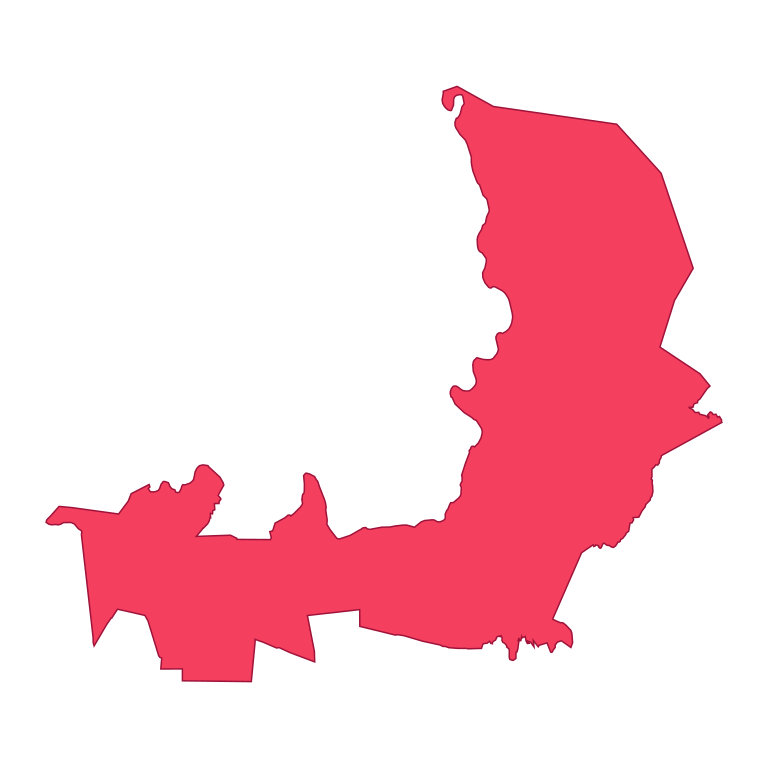 the district of Ruíz, Nayarit, Mexico
{"feature_id": "50627088B68527106513110", "entity_name": "Ruíz", "entity_type": "district", "adm_level": 2, "iso_a3": "MEX", "parent_name": "Mexico", "parent_adm1": "Nayarit", "projection": "equal_earth", "projection_center": [-105.012, 22.017], "detail": "fine", "context": "isolated", "style": "filled", "palette": "rose", "viewbox_px": 768, "rotation_deg": 0, "n_neighbors": 0, "source": "geoboundaries", "source_scale": "gbopen_adm2", "svg_char_len": 6075}
<svg xmlns="http://www.w3.org/2000/svg" viewBox="0 0 768 768"><path d="M443.3,93.5L442.1,99.8L442.7,103.4L444.4,106.4L446.0,108.2L447.8,109.8L450.3,110.6L451.4,110.4L453.5,105.2L453.7,99.0L454.6,96.8L456.3,95.5L458.0,94.9L460.2,94.7L461.7,94.7L462.8,96.4L464.2,103.6L462.7,105.9L462.1,106.4L460.2,113.8L459.1,116.0L457.6,118.0L456.4,118.2L455.8,119.6L454.9,122.7L455.1,125.7L455.9,127.9L460.0,134.4L465.3,140.0L467.3,144.3L471.3,157.0L471.3,161.9L471.6,164.8L472.9,171.0L476.7,181.2L477.7,183.1L479.6,185.0L483.1,195.3L486.5,198.6L487.2,200.2L489.1,209.2L489.1,211.5L486.7,216.7L485.5,222.5L485.1,223.5L482.7,225.4L481.5,229.6L479.1,233.5L477.7,236.7L477.2,239.5L477.5,245.8L478.1,248.7L478.8,250.4L479.9,251.6L482.3,253.0L485.9,258.1L486.4,259.8L486.1,262.7L484.9,268.0L482.6,272.8L482.9,277.9L485.0,282.8L488.6,287.2L489.9,287.9L491.0,288.0L493.0,286.6L495.2,286.9L502.5,290.9L504.5,292.6L506.1,294.6L508.3,298.2L509.5,301.5L512.2,313.2L512.7,317.1L511.8,322.5L510.9,325.2L508.9,328.9L506.2,331.4L502.5,333.4L500.3,332.7L498.9,332.9L497.2,334.1L495.9,336.9L496.0,338.9L498.4,349.2L497.8,351.6L496.6,354.1L492.9,358.7L490.0,359.7L486.2,359.7L482.6,359.3L476.9,357.7L474.2,360.2L473.4,361.6L472.8,364.9L473.3,371.5L475.8,378.2L476.3,380.7L476.1,383.3L475.0,385.6L472.1,388.8L469.6,390.7L466.5,391.1L463.1,390.6L460.8,389.3L458.1,387.1L456.0,386.0L454.2,386.0L453.0,386.5L451.4,388.6L450.3,391.6L450.2,393.4L451.0,396.9L452.2,397.6L455.1,404.0L464.2,412.6L471.8,417.5L473.7,419.3L476.4,420.5L481.4,428.3L482.2,431.1L482.1,433.5L481.0,438.0L478.2,443.2L474.6,446.9L473.5,446.3L472.0,446.3L471.2,447.0L470.4,449.2L469.2,450.4L469.4,452.4L469.1,453.6L465.4,463.4L461.6,475.3L462.1,477.1L462.1,481.0L460.5,484.0L460.3,485.3L461.3,487.4L460.9,494.5L460.3,495.9L458.8,497.9L453.3,502.6L450.7,502.7L449.7,504.5L447.8,509.3L446.7,510.5L445.2,514.2L445.3,518.1L444.6,519.5L442.7,520.8L439.8,521.9L437.2,521.7L434.3,520.0L432.3,519.8L424.7,520.5L421.1,521.9L414.5,527.2L406.8,525.1L402.8,525.1L395.0,526.0L390.0,527.0L381.6,527.2L369.8,529.4L367.1,528.8L365.8,527.5L362.8,527.9L361.4,529.0L350.1,535.4L339.6,538.9L337.7,538.8L336.3,537.7L330.0,529.5L326.9,524.3L327.2,519.9L325.7,509.7L326.2,507.6L325.5,503.0L324.4,499.3L319.5,486.9L317.8,481.6L316.5,479.9L314.5,476.5L309.2,473.8L306.0,473.1L304.6,474.3L303.6,475.7L304.4,483.9L304.3,490.0L304.1,492.8L302.9,494.2L302.3,495.8L302.1,499.9L301.9,499.8L302.5,503.3L302.2,504.5L300.4,507.1L293.8,513.7L290.8,516.0L290.0,515.1L288.1,515.1L284.7,517.9L275.1,523.1L273.0,529.9L272.2,531.0L269.8,531.6L271.0,536.5L271.4,537.0L270.5,539.6L236.9,539.4L236.8,538.3L230.5,535.2L196.3,536.4L202.1,529.5L202.7,528.3L203.2,528.4L207.6,523.9L208.7,522.0L209.2,521.0L210.1,517.3L210.6,517.6L210.4,513.4L212.5,513.9L212.8,510.5L214.8,509.8L214.4,503.6L219.0,503.5L219.2,501.4L220.9,499.2L220.6,498.3L218.1,495.4L223.8,485.1L223.1,482.6L219.9,477.1L208.4,466.5L208.1,465.7L206.8,465.4L203.1,464.9L201.4,465.2L199.5,465.7L198.1,466.9L196.7,468.7L195.2,471.6L193.8,478.6L193.0,480.5L190.2,483.0L185.0,484.9L182.8,484.7L181.9,486.0L181.0,488.9L179.2,492.3L177.6,492.6L175.7,492.1L174.9,489.8L171.9,488.8L170.0,486.6L168.4,482.7L164.8,481.5L163.6,481.5L162.6,482.1L162.1,483.3L161.2,484.0L159.6,488.5L158.3,490.5L154.9,491.8L150.6,491.9L149.8,490.9L148.2,488.7L149.9,487.0L149.1,484.5L131.2,493.7L128.2,501.2L118.6,514.0L71.9,507.6L59.1,506.4L50.0,516.6L47.8,518.7L46.6,520.2L46.1,522.4L48.9,524.2L51.4,524.8L56.0,524.5L58.3,524.9L60.8,524.1L63.5,522.6L71.1,522.5L74.4,524.0L78.4,528.8L81.1,530.5L81.9,531.6L81.4,534.5L93.1,637.5L93.2,642.6L94.1,645.9L106.7,624.5L111.1,618.1L111.7,618.1L117.5,609.2L144.9,615.4L148.0,620.9L158.7,655.8L159.9,657.4L161.7,658.1L160.8,669.0L182.4,668.9L182.4,680.8L251.3,681.6L255.1,642.0L255.1,639.4L263.4,642.3L276.6,648.0L279.1,647.6L290.0,652.6L314.7,661.9L314.4,651.4L307.4,615.5L359.7,609.6L359.8,626.4L395.4,635.1L397.7,634.7L404.0,635.7L422.6,641.2L440.1,645.0L442.7,646.4L445.5,646.5L448.9,647.7L458.2,648.4L466.1,648.4L468.1,648.8L481.5,648.4L482.6,644.9L483.3,643.7L487.1,643.2L489.7,641.3L490.8,643.4L492.4,643.7L492.5,642.4L493.3,641.4L495.5,640.1L496.6,637.9L496.5,637.4L497.2,636.7L499.6,636.0L499.7,636.5L500.3,636.7L501.1,635.9L502.1,637.7L501.9,640.4L502.8,642.3L504.7,643.3L506.6,645.5L506.7,647.0L508.9,648.8L509.3,650.7L509.2,657.1L509.8,659.4L511.7,660.1L513.1,660.4L515.9,658.5L516.0,652.4L517.1,651.8L517.3,650.1L517.7,649.8L518.8,641.8L518.1,640.9L518.9,637.9L519.6,640.8L520.8,640.6L521.7,636.6L522.1,637.9L525.2,636.5L526.1,641.1L527.4,643.5L529.1,643.3L527.3,641.0L530.6,642.1L534.0,646.9L533.3,640.4L538.2,646.8L539.2,645.3L547.0,642.9L550.7,652.1L551.5,652.3L552.3,652.0L553.0,650.4L555.2,647.4L555.1,645.2L557.3,642.1L561.4,640.8L570.9,647.5L572.6,642.6L571.9,633.4L570.8,630.3L565.8,625.0L563.0,622.9L560.1,622.6L556.4,621.0L553.0,619.4L552.9,618.5L581.6,552.7L593.0,544.9L593.4,545.1L593.8,546.5L595.0,546.1L595.7,544.9L598.1,545.5L598.3,546.1L598.8,546.1L598.9,547.3L600.1,548.3L601.2,547.7L602.7,544.2L603.4,543.4L604.4,543.3L606.1,544.8L607.6,545.4L609.5,545.5L610.5,546.5L612.1,547.2L613.5,547.4L615.5,546.0L617.4,543.2L617.7,542.2L619.3,542.0L620.2,541.3L620.6,539.5L622.6,538.5L625.8,534.5L626.0,533.4L628.7,531.2L630.0,523.2L631.9,522.9L633.6,519.9L633.1,517.6L638.8,517.2L642.0,510.9L645.2,506.8L645.8,504.5L650.2,500.0L650.5,497.9L651.9,496.2L652.9,491.7L652.6,485.5L652.1,482.8L652.4,480.2L651.2,479.1L652.0,476.5L651.9,469.1L654.0,467.3L655.9,464.8L657.7,465.1L659.2,463.1L659.6,460.0L661.0,457.8L661.4,455.6L721.9,422.4L721.5,421.7L721.6,420.1L719.5,416.5L717.6,417.1L716.0,414.3L713.1,414.5L712.0,412.9L710.6,411.9L710.0,412.2L707.7,415.0L707.6,415.4L708.9,416.4L708.8,417.7L708.3,418.2L707.2,416.7L705.1,415.5L699.9,414.3L698.7,412.3L695.7,412.6L694.6,412.0L692.5,409.4L689.6,408.1L689.2,407.4L693.0,407.2L693.8,404.4L694.3,403.7L697.5,402.7L697.7,401.0L698.2,400.2L699.8,399.2L707.2,388.6L710.0,386.1L700.1,373.9L659.9,347.1L674.5,300.5L693.2,268.3L661.1,173.2L616.7,124.2L493.4,106.5L457.1,86.4L443.2,91.3L443.3,93.5Z" fill="#f43f5e" stroke="#9f1239" stroke-width="1.5"/></svg>